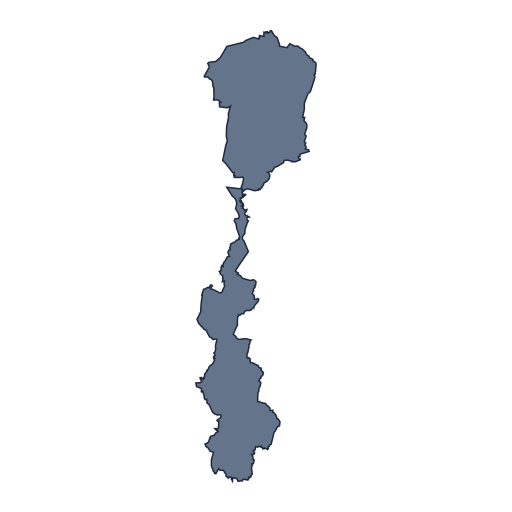 the district of Valle de Juárez, Jalisco, Mexico
{"feature_id": "50627088B88425942827940", "entity_name": "Valle de Juárez", "entity_type": "district", "adm_level": 2, "iso_a3": "MEX", "parent_name": "Mexico", "parent_adm1": "Jalisco", "projection": "natural_earth1", "projection_center": [-102.978, 19.815], "detail": "fine", "context": "isolated", "style": "filled", "palette": "slate", "viewbox_px": 512, "rotation_deg": 0, "n_neighbors": 0, "source": "geoboundaries", "source_scale": "gbopen_adm2", "svg_char_len": 6068}
<svg xmlns="http://www.w3.org/2000/svg" viewBox="0 0 512 512"><path d="M248.7,478.8L248.5,477.2L249.0,477.1L249.3,477.9L251.0,476.7L250.9,475.5L252.3,474.2L251.5,468.3L251.7,466.3L252.3,465.5L251.8,463.9L253.4,463.6L254.2,460.0L253.1,459.2L252.7,456.1L251.5,454.4L253.7,454.4L254.5,453.5L254.6,452.7L253.4,451.5L253.3,450.6L254.5,450.4L255.4,449.4L255.1,448.5L255.7,446.6L257.5,447.2L259.1,446.3L260.3,446.7L261.2,446.3L261.2,447.4L262.6,447.5L262.8,448.8L264.0,448.9L264.9,448.0L267.6,449.5L268.3,448.6L268.3,446.8L269.2,446.4L269.2,445.4L271.1,444.4L274.1,432.3L275.3,431.0L277.6,426.6L279.5,425.9L280.0,421.9L278.1,418.9L277.1,418.8L276.1,415.4L274.1,412.8L272.7,412.2L272.9,410.3L270.2,410.5L269.9,408.3L269.3,407.3L266.4,404.8L265.6,403.5L260.5,402.4L259.5,401.6L257.6,401.5L257.9,392.7L258.8,391.3L258.9,388.5L260.0,386.5L260.8,383.0L260.7,382.3L258.9,381.2L258.9,380.8L259.6,380.0L259.6,378.9L260.9,378.1L260.8,377.1L262.9,375.0L263.4,372.5L261.9,371.0L260.7,368.7L261.1,368.2L258.9,367.5L258.3,365.7L252.7,362.9L250.4,362.5L250.1,358.8L248.6,357.6L247.4,358.1L246.9,357.0L247.1,355.7L246.6,354.6L247.5,353.5L249.1,346.5L248.6,345.1L249.5,344.3L250.2,340.9L251.1,340.0L245.7,338.6L239.0,339.4L236.5,338.1L235.8,336.4L233.2,334.2L237.4,325.1L237.4,320.9L237.7,316.9L238.6,315.9L238.4,314.9L240.2,315.1L241.4,313.8L243.5,313.8L245.0,311.2L246.3,310.5L250.0,310.5L251.5,309.7L252.0,308.6L253.9,307.9L254.6,305.4L257.9,301.8L258.8,299.2L257.7,298.6L256.6,299.4L254.4,299.2L254.3,295.8L252.3,293.7L252.9,291.7L253.6,291.1L253.5,289.0L255.2,287.0L254.5,285.7L255.7,284.9L256.0,281.7L253.7,279.7L250.2,280.5L242.1,278.1L240.8,276.0L237.3,274.2L238.4,273.1L235.3,271.2L237.7,267.1L248.4,251.6L244.0,241.0L242.5,239.2L242.4,237.5L242.9,235.9L244.9,233.5L245.0,229.7L247.4,222.5L248.2,221.5L248.3,220.9L247.1,220.2L246.8,218.3L247.4,217.4L249.2,217.0L247.0,215.7L245.8,215.7L244.6,213.8L245.1,212.2L246.2,211.6L246.9,209.5L244.5,210.2L243.1,207.8L242.4,208.0L243.4,205.8L241.7,205.7L243.2,204.7L243.4,203.9L241.0,202.6L239.3,200.5L241.5,201.4L240.0,198.4L242.3,197.9L245.7,194.7L245.0,194.2L243.8,195.0L243.4,194.5L242.4,195.8L242.7,193.4L242.1,192.4L242.5,189.8L243.1,191.4L245.0,189.8L247.6,188.7L254.4,190.7L258.3,190.2L259.0,188.9L259.9,189.7L260.7,188.4L261.9,187.7L261.9,186.7L263.4,185.1L264.0,183.0L267.2,181.1L269.1,178.8L269.9,175.3L268.7,172.6L267.7,172.2L270.7,171.2L271.6,171.9L274.8,167.2L277.1,166.5L283.5,162.7L284.1,160.4L287.4,160.1L291.5,161.1L291.6,161.7L295.6,161.7L300.2,159.8L300.2,158.9L299.3,158.7L298.1,157.0L300.1,156.1L299.7,155.5L300.1,154.2L309.1,151.4L308.7,149.9L305.4,148.9L306.2,147.0L304.9,145.1L305.8,143.1L304.3,141.7L306.2,135.9L304.6,134.2L306.8,127.9L306.9,124.6L305.8,122.6L303.9,120.7L304.7,117.5L302.6,117.5L304.3,109.2L304.3,103.8L304.7,102.1L308.1,93.4L309.8,92.3L310.5,91.2L314.7,78.1L314.9,76.4L314.0,74.7L315.2,74.0L315.0,72.4L315.5,71.7L316.1,64.2L315.7,62.7L312.6,60.5L312.9,59.4L309.6,57.7L308.8,56.0L306.6,54.7L305.4,51.9L301.8,48.6L300.5,48.2L297.5,46.0L294.7,46.2L289.8,43.7L286.9,47.7L279.4,46.1L279.5,44.4L277.1,37.5L274.3,35.6L271.4,30.7L270.1,31.0L269.8,32.3L267.6,33.0L267.5,31.8L265.7,31.9L265.7,32.7L263.9,32.2L263.9,36.4L259.5,35.5L259.5,37.7L259.0,37.7L258.8,39.0L253.4,37.4L245.9,40.4L243.5,42.3L226.9,46.4L220.5,57.3L215.7,61.5L209.0,62.3L207.7,63.4L209.0,65.8L209.2,67.3L204.2,76.3L204.7,77.0L208.3,77.1L209.4,78.9L210.9,79.4L211.9,80.4L212.8,83.3L212.9,86.5L213.4,86.5L213.8,87.8L214.0,97.3L213.5,99.1L213.9,99.4L213.8,100.1L217.0,99.8L218.4,100.3L220.6,102.3L219.4,102.5L219.6,106.8L227.2,107.8L228.5,107.0L228.9,107.3L230.4,106.1L228.3,113.8L228.6,116.9L226.6,126.9L226.3,136.2L227.3,141.0L225.8,145.2L222.7,160.6L225.5,163.2L232.7,172.6L234.1,172.6L233.7,175.1L234.8,175.5L234.0,176.8L234.4,177.4L240.4,177.5L242.2,177.0L243.1,177.4L243.5,179.4L242.1,185.3L241.2,187.0L241.1,188.9L226.7,187.2L232.2,195.9L234.9,198.3L236.3,200.9L236.7,204.3L235.6,208.7L238.4,213.4L239.2,216.9L238.6,218.3L235.1,218.8L234.2,220.9L235.8,223.5L236.8,228.6L239.7,236.9L238.7,238.4L239.2,239.4L236.3,240.3L235.5,241.6L230.6,244.0L230.3,246.8L229.6,248.0L230.4,249.4L229.8,250.2L228.7,250.2L228.0,251.9L228.3,253.8L229.6,256.2L227.3,256.9L224.5,262.0L223.8,262.3L223.0,264.9L223.2,266.5L221.9,266.0L222.0,264.8L221.0,268.0L221.2,270.2L219.3,271.5L220.1,272.4L220.1,273.7L222.6,275.8L222.9,279.6L222.3,281.8L224.4,281.1L224.1,284.4L224.7,286.2L222.4,290.5L222.4,291.4L221.7,292.5L220.0,292.9L212.5,289.2L211.2,289.2L210.3,288.3L212.2,286.3L211.7,284.6L211.6,285.3L210.5,285.0L209.1,287.5L207.5,287.5L204.2,289.4L203.6,289.2L201.8,295.0L202.3,295.0L201.1,304.0L200.7,311.8L197.0,319.3L198.7,323.4L204.4,329.6L205.8,329.9L209.6,336.9L211.2,337.6L212.9,339.6L216.0,338.9L216.8,339.8L215.4,346.1L215.7,347.4L215.4,350.7L215.0,352.1L213.8,353.0L215.2,355.2L213.4,356.9L214.9,358.3L213.8,358.6L214.5,360.4L214.1,361.2L212.3,364.2L209.5,366.2L207.9,369.8L206.8,370.2L207.1,371.0L204.5,374.3L204.7,376.1L203.6,377.7L204.2,378.3L203.9,378.8L203.3,379.1L202.5,378.3L201.3,379.0L201.3,377.5L200.1,377.7L200.4,379.2L201.9,381.6L199.8,382.8L195.9,382.9L196.5,386.5L201.2,388.5L201.7,390.6L201.2,391.2L201.7,392.0L202.7,391.3L204.1,395.7L204.3,398.4L205.3,399.7L206.6,399.2L207.2,401.8L206.8,402.7L209.2,404.8L212.6,412.3L214.9,414.1L217.8,415.1L220.0,414.6L221.3,415.6L220.5,417.8L217.0,420.2L217.6,421.3L218.8,421.3L218.5,427.5L217.8,428.7L214.9,428.6L216.6,430.5L218.0,430.9L218.2,431.7L215.8,432.9L214.1,435.3L210.8,436.2L210.0,437.4L210.3,438.3L209.5,438.8L208.9,441.3L207.4,443.1L205.1,443.9L205.8,446.3L208.1,448.0L210.2,451.3L213.5,452.1L211.4,459.9L211.4,465.5L212.0,467.9L212.9,469.0L212.9,470.6L214.6,472.6L214.6,473.3L215.5,473.0L215.9,473.6L218.6,468.7L219.5,469.9L220.8,470.4L223.0,470.2L224.7,471.9L224.5,472.6L225.9,473.8L226.1,476.4L227.8,477.3L228.2,478.2L229.1,477.2L230.9,477.1L232.0,477.8L231.3,479.0L232.5,481.1L232.7,478.4L233.2,477.8L236.6,478.5L238.1,481.3L242.6,480.8L242.8,479.5L244.9,479.2L245.9,479.8L247.7,479.7L248.1,480.6L247.9,479.2L248.7,478.8Z" fill="#64748b" stroke="#1e293b" stroke-width="1.5"/></svg>